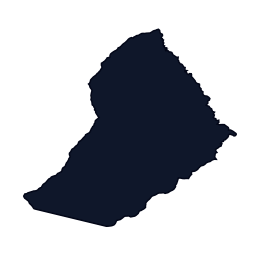 Tacuru, Mato Grosso do Sul, Brazil, rotated 267°
{"feature_id": "56859067B8752600934305", "entity_name": "Tacuru", "entity_type": "district", "adm_level": 2, "iso_a3": "BRA", "parent_name": "Brazil", "parent_adm1": "Mato Grosso do Sul", "projection": "equal_earth", "projection_center": [-54.957, -23.634], "detail": "fine", "context": "isolated", "style": "filled", "palette": "ink", "viewbox_px": 256, "rotation_deg": 267, "n_neighbors": 0, "source": "geoboundaries", "source_scale": "gbopen_adm2", "svg_char_len": 5134}
<svg xmlns="http://www.w3.org/2000/svg" viewBox="0 0 256 256"><g transform="rotate(267 128 128)"><path d="M67.5,21.5L66.3,20.8L65.5,20.3L64.2,20.7L63.2,21.3L62.6,22.1L61.8,23.0L60.9,24.0L60.2,24.9L59.0,25.3L57.9,25.7L56.8,26.7L55.9,27.6L54.2,28.8L53.2,29.3L52.3,30.0L51.6,32.2L31.0,101.3L31.0,102.8L31.1,104.9L31.3,106.8L31.7,108.0L32.2,109.2L33.3,110.2L34.2,110.8L35.3,111.2L36.2,111.9L36.6,113.4L37.0,115.5L37.8,116.8L38.7,118.1L39.6,119.1L40.2,120.8L40.1,122.2L40.2,124.1L39.1,126.0L39.4,128.3L39.7,130.2L40.5,131.6L41.4,132.7L42.1,133.6L43.1,134.2L44.5,134.9L45.0,136.8L45.7,138.1L46.3,139.4L47.2,140.7L48.0,141.4L49.2,141.3L50.2,141.6L51.2,141.8L52.2,141.7L53.4,142.8L54.7,144.1L55.6,145.4L56.5,146.3L57.4,147.1L58.4,147.9L59.0,149.1L59.4,150.6L59.8,151.9L60.5,153.2L61.3,154.7L61.5,156.3L61.4,157.5L61.5,158.9L61.5,160.2L60.8,161.6L61.1,163.2L61.3,164.4L61.9,165.5L62.8,167.0L63.5,168.9L64.4,170.5L65.8,171.6L66.9,172.4L68.5,172.3L69.7,173.5L71.0,174.0L72.4,174.6L73.9,175.1L75.4,175.7L75.3,177.8L74.7,179.8L74.5,181.6L74.6,183.6L74.4,185.8L75.9,186.7L76.7,187.3L77.7,188.3L78.6,189.2L79.5,188.7L80.5,189.1L81.3,189.9L81.3,191.6L81.6,192.9L82.4,194.4L83.2,195.6L84.2,196.2L84.9,197.2L85.9,198.0L86.6,199.6L86.7,200.9L87.3,202.2L88.1,203.3L89.1,204.3L89.8,205.9L90.3,208.3L91.5,210.1L91.9,211.1L92.3,212.7L92.1,214.5L93.0,214.0L93.9,213.2L94.8,213.1L96.1,213.4L97.3,213.6L98.6,214.3L98.9,215.5L100.4,214.5L101.7,214.3L102.8,215.5L103.3,216.7L104.5,218.2L105.2,220.1L106.1,220.3L107.3,220.9L107.6,219.6L108.6,220.3L109.4,221.4L109.7,222.6L111.0,223.2L111.2,224.5L111.9,225.3L112.6,226.1L113.4,227.1L114.6,227.8L115.7,227.9L116.6,229.4L116.0,230.7L115.5,232.2L114.5,233.5L114.8,234.9L115.8,235.7L116.8,235.6L117.6,234.6L118.8,233.2L119.5,232.2L120.6,230.3L120.7,228.3L122.0,228.5L123.3,228.1L124.1,227.1L125.1,225.8L126.3,224.4L126.5,222.2L126.5,220.9L126.5,219.2L127.2,217.3L128.1,218.1L128.9,219.0L130.1,219.0L131.0,219.0L130.7,217.7L131.1,216.4L132.6,216.2L133.3,214.7L134.0,213.7L135.5,214.6L136.5,214.9L137.2,214.0L138.2,214.3L139.3,215.2L140.0,213.4L141.2,212.8L142.7,212.5L143.8,210.9L145.4,210.0L146.0,208.5L146.7,207.3L147.7,208.1L148.7,209.1L149.9,208.9L150.9,209.2L151.6,210.7L153.1,211.3L154.5,210.2L155.7,208.5L156.1,206.2L157.0,204.9L158.4,204.5L160.3,204.7L160.9,203.7L161.9,202.9L163.4,203.0L164.4,202.0L165.5,201.4L167.1,201.7L168.1,201.6L168.5,200.4L169.1,198.9L170.2,197.9L171.5,197.5L172.4,196.9L174.0,195.7L175.3,194.7L176.3,193.8L177.6,194.3L178.9,194.0L179.1,192.1L178.2,191.3L178.8,190.0L179.7,189.6L180.6,189.3L181.1,188.1L182.2,189.7L182.4,188.0L184.0,187.9L185.4,188.2L185.8,186.9L187.0,186.3L188.1,185.7L189.0,184.8L189.2,183.5L190.2,183.0L191.2,182.1L192.2,182.2L193.7,181.3L194.8,181.6L196.1,181.8L196.0,180.4L196.7,179.4L197.8,177.9L199.0,176.4L200.2,176.2L201.2,175.6L201.7,174.3L201.8,173.0L202.9,172.3L203.1,170.9L204.5,170.7L206.0,170.8L206.2,169.0L207.4,168.1L208.0,168.8L208.9,167.5L210.1,167.6L211.0,168.2L211.9,167.2L213.0,167.8L214.1,168.0L214.3,166.9L215.4,167.0L215.8,165.9L216.8,166.1L217.6,166.5L218.3,167.3L219.8,167.2L220.5,165.8L221.6,164.9L223.8,164.7L225.0,163.6L224.7,162.1L224.1,160.7L223.8,159.0L223.3,157.8L222.5,156.6L221.7,154.9L221.7,153.1L221.7,151.4L221.5,149.5L221.7,147.9L221.6,146.5L220.6,144.4L220.0,143.4L219.8,141.4L219.0,140.0L218.4,138.5L217.5,137.9L218.1,136.2L217.4,134.1L216.5,132.9L215.4,131.9L214.6,131.0L213.4,129.6L212.3,127.8L211.5,126.8L210.1,125.5L209.5,124.4L208.6,124.3L208.7,122.5L207.6,121.9L206.9,121.3L206.1,120.2L205.6,118.8L204.8,117.4L204.1,116.2L202.8,114.5L201.3,113.8L200.0,113.9L199.4,112.6L199.1,110.8L198.3,110.4L197.2,109.4L195.9,108.1L195.4,107.1L194.7,106.2L194.1,104.9L193.1,104.8L192.2,104.7L190.7,105.2L189.4,105.1L188.0,104.0L186.5,103.1L185.8,102.0L184.9,101.8L184.3,100.4L183.5,99.6L182.6,98.9L181.4,97.1L180.7,96.0L179.9,95.2L178.7,93.9L177.9,93.2L176.4,92.8L174.8,92.1L174.0,90.9L173.1,91.6L172.0,92.0L170.8,92.2L169.9,92.7L168.7,93.5L167.4,94.0L166.4,93.8L165.0,93.3L163.6,93.0L162.5,92.7L161.1,92.9L159.8,93.0L158.6,92.5L157.7,92.7L156.5,93.3L154.9,93.4L153.0,93.5L152.0,94.7L151.0,95.0L149.8,95.6L148.9,96.1L147.9,95.5L146.7,96.6L145.5,96.5L144.2,97.0L142.6,98.0L141.2,98.7L140.1,99.7L138.8,98.2L137.9,96.8L136.8,95.7L134.8,95.3L133.9,94.5L132.9,94.2L132.0,94.0L131.3,92.8L130.4,92.4L129.3,91.5L128.1,90.9L126.3,90.0L125.2,89.0L124.6,87.7L124.1,86.6L123.4,85.3L122.0,84.7L120.8,83.2L119.9,82.3L119.0,81.5L117.8,80.1L117.2,78.8L116.5,78.0L115.0,77.5L113.7,76.6L112.5,74.7L111.5,73.7L110.6,72.8L109.8,71.1L108.7,70.3L107.6,69.8L106.7,69.0L105.9,68.2L104.4,68.1L102.9,68.6L101.9,68.5L101.0,67.8L100.0,67.1L98.9,66.9L98.2,66.2L97.2,65.6L96.3,64.7L95.2,64.2L94.1,63.7L93.2,63.4L92.5,62.6L91.8,61.1L90.3,60.1L88.7,59.8L87.6,58.7L86.8,56.9L86.2,55.3L85.2,54.5L84.3,53.5L84.0,51.8L83.5,50.0L83.0,48.8L81.9,48.0L81.4,46.5L80.3,45.3L79.3,44.4L78.6,43.7L77.7,43.0L76.7,41.2L76.0,40.2L74.4,39.1L73.2,38.5L72.8,37.1L72.0,35.7L70.9,34.7L70.3,33.5L70.0,32.0L70.0,30.5L69.6,29.1L69.2,27.5L68.8,26.0L68.4,24.5L67.7,23.4L67.5,21.5ZM204.5,170.7L203.6,169.6L204.6,169.5L204.5,170.7Z" fill="#0f172a" stroke="#020617" stroke-width="1.5"/></g></svg>